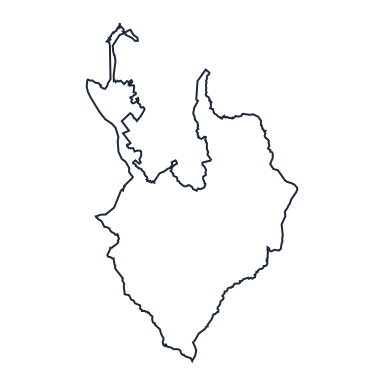 outline of Caloto, Cauca, Colombia
{"feature_id": "7082276B98035381809124", "entity_name": "Caloto", "entity_type": "district", "adm_level": 2, "iso_a3": "COL", "parent_name": "Colombia", "parent_adm1": "Cauca", "projection": "albers", "projection_center": [-76.384, 3.067], "detail": "fine", "context": "isolated", "style": "outline", "palette": "slate", "viewbox_px": 384, "rotation_deg": 0, "n_neighbors": 0, "source": "geoboundaries", "source_scale": "gbopen_adm2", "svg_char_len": 6000}
<svg xmlns="http://www.w3.org/2000/svg" viewBox="0 0 384 384"><path d="M123.3,28.9L120.0,25.7L119.7,23.0L119.5,25.6L120.5,27.0L119.9,27.5L119.0,26.3L118.5,27.6L117.7,27.6L117.3,28.5L117.6,28.8L116.8,29.2L116.4,30.8L115.3,31.2L113.9,32.8L113.3,32.3L110.8,35.7L111.0,36.4L109.1,37.8L110.0,38.4L110.5,39.5L109.7,40.1L108.4,39.6L106.8,41.5L109.3,42.3L109.9,45.9L110.5,79.1L108.0,83.1L107.1,86.2L105.1,88.8L103.3,88.5L100.5,86.6L100.8,85.0L99.6,84.6L98.7,83.2L95.2,82.7L92.5,80.5L90.1,80.6L88.0,79.5L87.3,80.2L86.7,86.6L87.9,91.8L90.7,97.6L99.6,112.1L105.2,119.2L112.1,123.9L115.5,127.7L118.4,136.9L117.7,141.4L118.5,151.7L121.8,159.0L125.5,161.6L129.2,168.0L129.1,172.0L132.8,177.0L132.3,178.0L124.2,185.9L124.8,186.2L123.4,188.6L123.1,190.5L121.8,189.7L120.7,191.3L114.1,207.6L105.7,214.5L100.8,214.7L95.8,216.4L96.6,217.8L97.4,218.0L98.7,219.6L100.3,220.2L101.8,221.5L104.3,226.8L107.1,227.3L109.6,228.7L110.1,230.4L111.6,232.0L114.3,233.4L115.1,234.6L116.7,234.9L117.1,234.2L118.2,235.5L118.1,236.8L119.0,238.7L117.9,240.7L118.3,241.5L117.7,243.2L111.7,247.8L110.3,247.7L110.1,249.4L107.3,255.0L108.1,256.7L110.2,257.0L112.2,258.4L113.6,258.4L114.5,264.7L115.3,265.6L115.0,267.6L115.9,269.5L122.9,278.4L122.3,280.1L124.2,283.9L123.8,286.4L124.7,294.3L128.9,295.1L131.3,299.6L133.8,300.8L134.9,303.2L140.2,305.5L140.2,308.9L141.9,310.0L141.9,311.0L145.1,311.0L145.5,311.6L147.6,311.9L147.8,312.8L149.0,312.8L150.3,314.8L152.4,316.4L152.2,319.7L153.0,322.5L155.1,323.5L154.9,324.6L159.8,329.2L161.2,334.1L163.3,337.8L163.5,339.7L162.7,341.6L163.3,344.8L166.0,344.5L166.4,345.3L163.7,345.6L171.5,347.7L173.4,349.1L178.2,349.2L180.2,350.4L181.3,353.6L182.9,355.0L183.8,354.7L185.1,356.2L190.8,358.2L192.2,361.0L195.2,355.6L196.2,350.7L195.2,347.2L193.0,342.4L195.5,339.4L198.7,333.6L205.3,328.6L206.2,326.7L207.7,326.5L207.7,324.7L211.3,319.7L212.5,317.6L212.7,315.8L214.0,314.0L215.2,314.1L217.4,312.0L218.3,311.9L218.4,309.8L217.5,308.9L217.8,307.3L220.0,304.5L220.6,301.3L223.2,299.2L223.6,297.4L222.3,295.9L224.5,293.4L224.6,291.5L226.5,291.4L228.0,288.3L229.9,287.5L231.0,287.7L232.0,286.6L232.7,286.9L234.5,283.7L239.5,283.4L240.0,282.7L239.9,281.1L241.7,281.1L243.6,279.1L248.2,277.8L248.8,278.7L251.2,277.8L252.3,278.7L255.1,277.1L255.3,275.7L254.5,274.9L256.0,273.6L256.4,271.9L257.7,271.9L258.0,270.6L259.4,269.3L262.3,268.6L263.3,267.6L263.8,266.0L265.6,266.0L266.9,264.6L267.5,262.8L266.5,260.9L267.5,260.1L266.8,258.7L267.7,257.7L267.6,254.7L268.0,252.8L267.6,251.4L267.5,247.3L269.1,248.2L269.7,250.8L271.3,251.4L274.4,249.8L278.9,250.5L280.9,248.8L281.5,243.7L282.4,241.8L282.2,238.0L282.8,235.5L281.6,224.4L285.3,216.4L284.9,211.5L287.4,208.0L288.7,205.0L289.8,203.8L291.2,199.4L296.2,192.2L297.3,189.1L297.1,187.7L294.5,184.7L292.0,183.4L286.6,181.6L285.1,180.5L277.9,170.3L273.4,169.0L270.2,164.0L272.8,157.7L272.7,153.3L271.8,152.1L270.3,151.7L270.4,150.1L268.0,148.6L269.3,145.7L268.5,142.2L268.8,140.7L266.5,138.2L265.8,138.2L264.6,135.9L265.4,133.5L264.8,132.3L265.4,131.0L264.1,131.2L263.7,129.9L262.5,129.1L262.7,128.3L262.1,127.6L261.7,125.4L260.9,125.0L260.9,120.7L258.3,116.8L253.4,114.4L249.4,114.8L242.7,113.8L240.8,116.2L237.8,116.6L235.8,116.0L233.5,118.1L232.5,117.6L232.3,118.4L228.2,117.7L227.5,117.0L225.7,117.5L225.5,116.8L223.9,117.0L223.9,116.0L222.9,116.7L222.1,118.5L221.5,118.5L220.6,118.2L220.5,117.4L218.0,116.4L216.6,114.8L214.4,113.5L213.5,112.0L213.1,109.3L210.1,108.3L210.9,106.9L210.8,103.4L211.4,102.4L210.4,102.0L210.7,101.3L210.2,100.6L209.2,100.4L209.5,99.0L208.2,96.8L206.6,96.2L205.7,94.6L206.6,92.3L205.9,90.3L206.3,88.1L205.9,85.2L206.5,82.7L206.0,80.8L206.8,79.5L206.9,76.3L209.3,73.9L209.4,72.7L205.7,69.6L197.5,81.1L196.3,99.5L198.0,100.9L194.2,107.9L193.2,113.5L194.8,117.4L194.8,119.4L197.8,123.1L197.6,124.6L198.2,126.1L197.6,127.3L198.3,129.0L196.9,129.8L196.4,131.4L197.8,132.9L197.5,134.0L198.4,136.2L198.1,136.9L198.7,137.0L198.7,137.7L201.3,138.9L203.2,137.9L204.1,136.7L205.8,137.0L205.2,140.3L206.1,140.8L206.2,142.5L206.9,143.1L206.9,149.1L208.2,152.1L207.5,154.6L211.0,159.7L210.4,160.6L202.6,162.5L202.4,163.0L202.4,164.8L204.5,166.7L206.1,170.1L205.4,172.4L205.9,174.9L203.1,176.7L203.2,179.3L204.5,182.1L204.5,183.1L205.5,183.9L204.3,187.4L200.6,189.2L197.9,188.5L196.7,190.7L193.2,189.1L192.1,187.1L189.7,185.3L188.0,185.2L186.7,186.2L184.2,186.4L180.0,183.2L178.9,181.3L177.6,181.0L176.8,177.3L173.6,175.9L173.0,174.5L173.3,173.8L170.7,170.9L171.4,170.4L171.6,168.0L172.6,166.9L172.3,166.4L176.9,163.7L176.8,162.4L175.5,160.4L171.7,162.2L172.3,165.0L169.8,168.0L167.6,168.8L164.0,171.5L159.6,173.3L154.3,181.3L154.3,182.7L153.2,182.4L152.7,181.4L151.3,182.4L150.5,180.9L149.6,181.8L149.0,181.0L147.3,181.0L147.5,180.2L146.7,179.6L147.5,179.2L146.8,176.7L145.8,176.3L144.4,174.2L144.6,173.3L143.9,172.0L142.1,170.6L141.4,169.1L139.3,168.2L138.5,168.4L138.1,167.5L135.8,166.1L135.9,165.1L135.3,164.4L133.2,163.3L133.2,162.2L135.4,160.4L139.1,163.7L140.7,162.6L139.4,159.6L141.2,155.4L141.1,151.3L140.3,150.7L136.7,150.7L134.6,151.5L133.2,148.2L129.0,148.2L127.5,146.7L126.8,145.3L127.4,144.4L128.4,144.8L130.5,143.1L123.0,133.3L129.0,130.7L121.8,121.1L130.2,113.2L132.6,115.2L134.1,118.4L135.2,118.6L136.9,121.0L140.9,115.9L144.0,110.6L144.5,109.4L144.2,108.1L143.1,107.0L141.7,107.7L140.9,107.5L140.3,106.6L140.2,104.6L138.0,103.2L138.5,99.7L138.0,97.9L136.2,98.9L137.0,100.6L136.1,102.0L133.3,103.3L132.6,103.2L131.5,102.3L131.3,101.3L132.2,99.3L130.3,97.8L130.3,97.3L132.8,96.5L133.7,95.2L135.5,94.5L136.0,93.4L135.5,92.6L133.6,92.3L134.2,86.0L133.7,85.3L132.3,85.6L130.8,84.5L129.7,85.8L128.5,85.0L128.7,84.0L132.1,82.5L132.2,81.3L131.4,80.2L128.7,82.1L127.0,81.1L124.1,84.1L120.7,80.7L118.9,81.5L117.4,80.7L115.7,82.1L114.7,80.4L113.8,81.0L113.7,74.8L115.5,61.0L114.6,55.5L114.2,55.4L113.2,51.5L112.7,45.7L119.6,35.0L123.9,33.5L123.2,32.1L124.3,32.5L126.0,35.0L131.8,37.8L135.1,40.9L137.8,40.8L137.5,37.8L133.5,35.0L130.4,29.7L127.4,31.0L124.8,32.9L124.0,31.8L123.3,28.9Z" fill="none" stroke="#1e293b" stroke-width="2"/></svg>